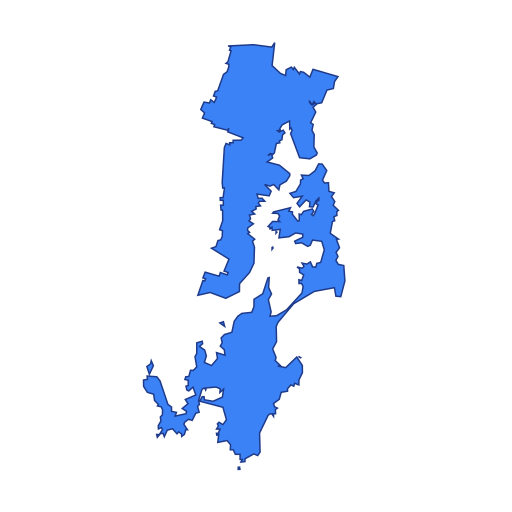 outline of Kingborough, Tasmania, Australia, rotated 9°
{"feature_id": "25037944B97802920285494", "entity_name": "Kingborough", "entity_type": "district", "adm_level": 2, "iso_a3": "AUS", "parent_name": "Australia", "parent_adm1": "Tasmania", "projection": "natural_earth1", "projection_center": [147.285, -43.214], "detail": "fine", "context": "isolated", "style": "filled", "palette": "blue", "viewbox_px": 512, "rotation_deg": 9, "n_neighbors": 0, "source": "geoboundaries", "source_scale": "gbopen_adm2", "svg_char_len": 6135}
<svg xmlns="http://www.w3.org/2000/svg" viewBox="0 0 512 512"><g transform="rotate(9 256 256)"><path d="M195.6,52.9L198.4,53.4L197.6,56.9L199.3,57.2L197.9,68.5L196.2,70.4L199.2,70.9L199.5,73.7L198.6,78.6L195.5,81.7L192.3,98.9L190.0,99.7L189.0,104.6L192.2,105.2L191.8,107.2L190.7,110.9L186.9,108.8L186.1,112.2L180.6,112.1L178.5,119.9L182.8,122.7L181.5,128.2L191.6,130.1L191.1,132.0L194.6,132.6L194.2,134.9L207.9,136.2L209.3,134.2L208.7,137.8L224.8,141.3L223.2,143.9L215.3,145.3L215.7,147.7L212.2,148.3L212.7,150.4L208.8,149.5L207.8,154.0L211.1,188.7L212.5,194.1L214.2,193.7L214.4,203.4L211.5,204.0L212.0,206.6L215.0,206.1L215.8,210.9L213.1,211.3L214.3,216.1L215.8,215.9L217.6,226.4L215.9,235.7L218.9,236.2L219.6,242.2L218.6,245.6L216.0,246.7L215.0,253.0L210.8,255.3L229.8,263.3L226.8,275.9L231.0,276.6L230.5,279.2L223.4,277.9L222.7,281.7L208.3,279.9L207.0,285.9L209.8,286.4L209.2,288.8L207.4,288.5L204.7,303.9L216.4,299.2L232.8,302.5L245.2,293.7L244.1,285.9L252.2,273.3L255.1,263.4L253.1,247.5L250.2,241.9L252.1,239.6L244.3,235.2L246.0,233.6L243.6,232.0L243.5,229.5L248.4,224.6L243.6,222.5L244.8,220.1L243.1,216.6L248.1,214.7L244.7,212.6L248.8,209.5L248.1,207.2L252.6,205.8L250.1,203.4L250.7,201.5L256.1,200.5L253.0,198.0L249.1,198.7L247.3,194.7L259.6,194.5L260.8,189.6L253.3,184.0L258.8,184.8L262.3,182.6L268.2,187.1L268.5,182.0L274.3,177.3L276.8,171.4L276.4,169.3L264.8,162.6L252.2,161.4L257.1,156.6L255.6,153.1L254.0,153.1L253.2,154.4L252.5,154.3L253.9,152.6L255.7,152.6L256.4,153.5L258.0,151.4L258.5,141.7L261.8,140.5L261.1,138.6L263.4,137.1L263.3,132.0L265.3,129.9L263.2,127.5L259.5,130.0L257.6,128.8L260.6,128.1L259.5,126.8L261.3,122.4L268.0,117.4L269.5,125.3L270.5,124.0L272.0,126.4L271.0,129.6L283.7,152.1L294.0,151.6L299.9,146.8L300.3,144.6L296.1,139.3L294.5,127.0L291.6,123.1L291.9,117.1L289.1,115.9L292.5,104.5L289.1,100.2L292.0,96.7L291.2,96.6L289.4,95.2L289.3,96.6L288.3,97.8L287.3,97.9L285.3,96.4L284.1,94.2L287.7,97.8L289.1,94.3L291.4,96.4L296.9,94.4L300.1,81.0L306.2,78.5L306.3,71.4L308.9,66.0L283.1,62.7L281.2,70.9L274.3,67.1L271.0,66.9L270.5,69.5L264.3,63.6L263.7,66.0L261.4,63.9L256.7,67.3L257.0,73.1L251.5,71.8L242.1,65.4L241.1,42.4L238.9,47.2L220.6,47.7L195.6,52.9ZM275.8,225.9L275.8,234.5L285.6,231.8L291.6,227.0L298.8,227.1L299.2,230.2L291.9,235.3L293.2,237.5L299.0,235.8L305.5,238.4L307.9,236.9L309.3,231.4L318.6,231.2L322.5,239.2L320.9,252.2L317.2,253.8L316.8,257.6L313.6,257.9L310.6,253.3L307.6,256.0L302.6,255.8L305.0,258.7L303.7,260.8L298.2,260.4L301.0,261.9L301.6,265.3L306.1,267.2L304.9,273.1L302.1,272.7L302.8,276.5L305.1,275.9L307.3,278.6L307.2,285.3L294.6,304.4L285.6,311.8L279.2,313.3L279.7,308.9L275.0,297.1L277.3,291.1L273.4,285.1L272.4,275.2L271.2,275.8L268.6,292.2L260.8,299.1L261.9,306.4L260.6,312.3L251.0,314.9L247.5,318.3L244.7,323.9L244.1,335.1L237.1,338.5L234.4,342.4L236.2,347.0L234.8,350.6L239.3,353.5L240.9,358.8L232.1,357.6L234.0,363.3L229.2,371.2L221.7,369.2L222.6,362.4L220.0,356.9L214.3,354.2L217.0,351.0L216.2,348.6L211.1,351.0L212.7,361.7L211.5,365.0L214.8,374.8L212.0,378.8L209.2,379.1L208.5,385.5L205.5,386.3L205.1,389.1L208.5,389.3L209.3,394.6L207.2,395.5L208.6,399.1L210.7,399.8L214.3,395.4L218.3,402.7L208.6,408.8L211.9,412.5L207.0,418.2L211.7,420.3L211.6,422.7L201.1,426.8L201.9,422.9L196.9,422.7L196.2,418.4L192.2,416.3L180.7,394.3L176.9,390.8L167.2,391.6L168.1,394.8L164.3,396.1L165.4,402.4L170.0,407.6L176.5,408.5L178.4,414.6L182.8,417.9L182.1,419.5L186.0,419.8L187.8,422.6L188.4,427.5L186.7,430.0L187.9,433.9L186.0,438.9L186.7,442.1L189.3,440.3L190.8,441.9L188.9,446.5L192.0,445.7L193.7,448.8L195.6,441.9L200.6,439.7L205.8,444.0L207.1,441.8L210.3,443.3L210.8,445.8L213.2,443.4L213.8,438.5L215.5,438.3L211.2,433.7L211.4,431.5L214.8,427.9L218.7,428.3L221.1,420.7L224.3,419.2L221.8,413.7L223.3,411.5L221.9,407.6L223.5,396.2L225.3,394.6L237.0,391.7L241.4,392.7L241.7,396.4L244.8,392.6L244.9,400.6L236.3,406.2L227.6,406.1L226.7,403.1L224.8,403.4L223.2,408.2L247.0,410.6L252.4,422.3L249.7,427.7L245.5,426.0L244.1,427.9L245.5,429.7L244.1,433.1L247.6,432.6L246.4,437.1L244.7,437.3L245.3,439.1L247.1,438.2L247.4,446.1L256.3,442.8L260.4,446.4L260.9,451.4L263.9,451.0L266.6,455.1L271.3,454.4L272.1,459.4L274.2,459.1L273.3,461.9L277.2,460.8L276.9,458.0L284.8,451.8L288.9,452.8L290.7,449.0L287.2,430.3L292.9,411.4L294.6,409.7L300.0,408.7L299.1,404.7L300.9,402.9L297.9,402.0L296.4,398.9L301.4,393.9L302.2,386.7L308.3,384.6L307.9,382.1L310.7,377.8L313.7,378.7L314.0,375.7L318.5,376.6L317.8,371.7L320.1,364.0L318.9,356.9L312.1,349.4L302.8,361.6L294.6,361.3L297.6,360.7L291.3,356.2L291.7,353.1L287.0,345.2L289.7,337.3L287.0,322.5L288.1,318.1L300.6,297.3L319.2,281.8L338.4,275.0L341.2,283.2L346.1,282.9L347.7,266.7L344.2,251.7L338.6,251.4L335.6,247.8L337.0,243.5L334.5,240.0L337.2,234.8L332.8,227.0L334.8,226.4L325.8,222.0L326.1,209.9L328.2,208.9L326.8,205.0L329.6,203.3L328.8,199.6L330.3,198.0L324.3,193.9L325.3,189.9L321.2,185.5L323.4,181.4L317.9,180.7L316.1,172.3L312.3,173.2L309.8,170.7L312.5,160.5L307.0,154.9L303.5,155.2L301.0,162.6L295.7,168.2L288.2,169.0L290.5,172.3L288.2,174.0L288.6,177.9L285.3,186.0L279.7,188.8L284.0,192.5L292.3,189.7L288.3,197.6L291.4,200.6L296.7,192.8L300.9,194.4L301.1,199.0L304.7,198.7L306.7,191.9L308.1,190.5L308.7,189.0L309.0,188.8L309.3,191.4L307.3,192.6L307.4,195.2L309.4,195.9L307.3,205.1L306.2,207.3L304.4,206.3L306.1,202.9L304.3,200.7L296.1,204.4L294.3,208.1L292.1,207.8L293.2,214.4L291.9,215.1L285.4,209.1L285.1,206.7L281.3,206.7L282.5,202.9L266.5,209.7L265.7,211.1L271.0,210.6L273.1,212.8L272.1,216.9L274.0,218.3L267.0,219.3L263.3,225.0L266.0,225.6L265.2,227.6L267.3,225.2L268.0,228.1L275.8,225.9ZM165.5,382.2L169.2,389.5L171.8,380.4L168.9,375.8L168.7,379.1L165.5,382.2ZM236.0,330.4L234.1,326.0L230.8,327.8L236.0,330.4ZM188.7,447.5L185.8,447.8L186.9,450.5L188.7,447.5ZM271.8,469.6L273.5,469.2L272.8,467.1L271.5,467.4L271.8,469.6ZM313.6,348.5L315.7,349.6L316.0,349.4L313.6,348.5ZM270.8,246.9L271.6,245.4L271.1,244.6L270.5,245.1L270.8,246.9ZM272.0,228.7L272.2,230.3L272.9,229.2L272.0,228.7ZM226.3,394.7L227.2,396.2L227.4,395.4L226.3,394.7ZM298.2,410.4L297.1,410.3L298.4,411.6L298.2,410.4Z" fill="#3b82f6" stroke="#1e3a8a" stroke-width="1.5"/></g></svg>